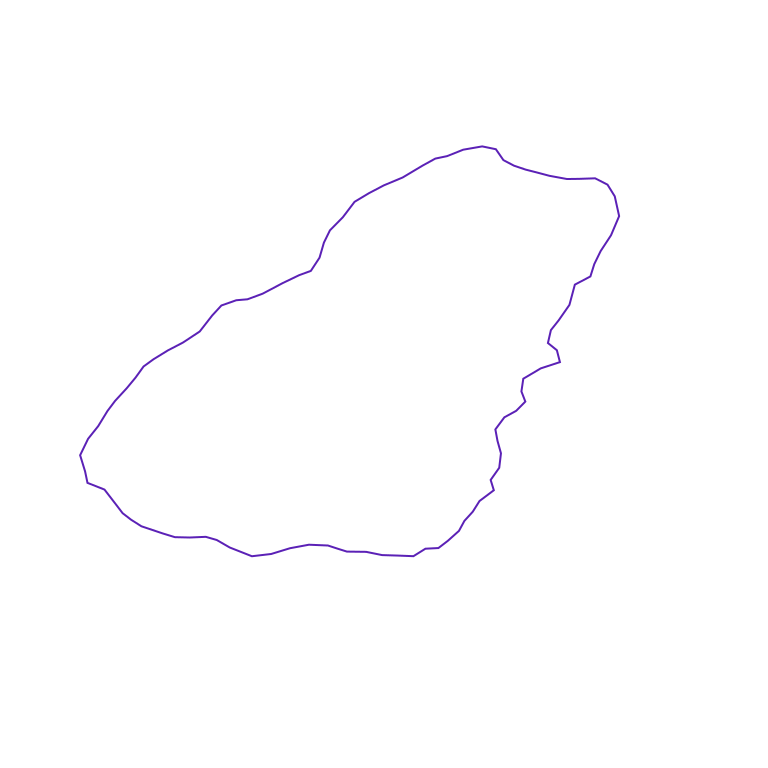 Novais, São Paulo, Brazil (Equal Earth projection), rotated 54°
{"feature_id": "56859067B41294834912273", "entity_name": "Novais", "entity_type": "district", "adm_level": 2, "iso_a3": "BRA", "parent_name": "Brazil", "parent_adm1": "São Paulo", "projection": "equal_earth", "projection_center": [-48.916, -20.986], "detail": "fine", "context": "isolated", "style": "outline", "palette": "violet", "viewbox_px": 768, "rotation_deg": 54, "n_neighbors": 0, "source": "geoboundaries", "source_scale": "gbopen_adm2", "svg_char_len": 1361}
<svg xmlns="http://www.w3.org/2000/svg" viewBox="0 0 768 768"><g transform="rotate(54 384 384)"><path d="M540.6,461.4L541.6,447.3L548.7,436.4L548.4,424.6L546.9,409.7L542.0,399.4L539.5,387.3L534.8,375.5L534.5,357.6L524.3,354.1L519.5,340.0L508.8,330.1L496.7,325.6L486.2,320.6L481.7,306.2L483.4,292.8L481.3,280.0L470.8,277.2L461.6,268.2L463.5,248.0L469.7,228.8L458.3,224.3L447.2,227.3L438.5,217.3L435.2,205.4L429.0,187.5L415.8,171.2L418.3,153.8L410.6,143.4L403.8,130.6L397.1,112.9L386.4,95.1L367.8,87.0L354.1,86.0L341.7,92.3L332.5,105.9L325.7,115.5L312.8,127.8L302.6,136.1L293.8,143.4L283.8,150.5L273.1,155.8L259.8,155.5L249.5,164.9L241.0,182.2L236.7,199.1L231.8,210.0L230.0,224.3L227.9,247.5L223.2,267.4L220.8,283.8L219.3,300.7L224.9,319.3L227.9,337.4L234.3,349.5L243.9,361.9L249.5,376.7L246.1,388.6L242.8,406.7L239.6,429.1L235.2,444.7L229.4,454.3L224.9,469.4L227.6,482.8L233.2,502.2L232.3,522.3L229.8,539.0L228.5,555.8L228.5,568.2L232.8,581.3L236.2,594.6L239.6,611.5L243.3,623.6L250.1,640.0L254.4,655.6L263.0,671.7L279.0,677.2L289.7,682.0L305.1,672.2L322.4,671.7L334.9,671.4L345.1,668.4L356.5,663.9L374.9,650.8L385.0,643.2L394.0,631.4L402.9,618.0L411.9,611.0L425.6,604.9L445.7,592.1L455.2,575.2L461.6,556.6L469.9,539.2L481.7,524.3L490.0,518.3L497.8,512.5L509.3,497.1L521.3,486.1L530.9,473.7L540.6,461.4Z" fill="none" stroke="#5b21b6" stroke-width="2"/></g></svg>